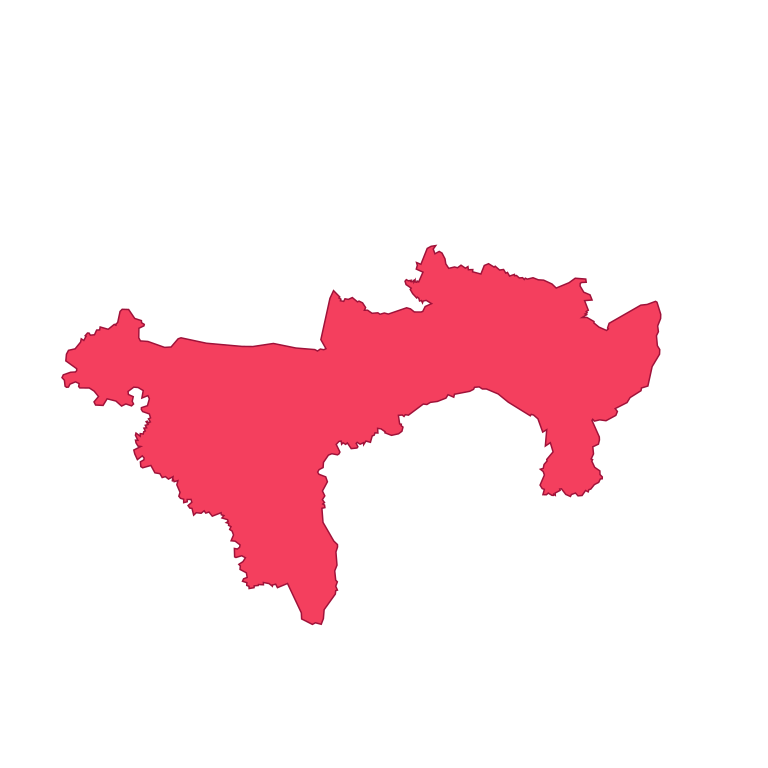 the district of San Felipe Orizatlán, Hidalgo, Mexico, rotated 240°
{"feature_id": "50627088B21617615218202", "entity_name": "San Felipe Orizatlán", "entity_type": "district", "adm_level": 2, "iso_a3": "MEX", "parent_name": "Mexico", "parent_adm1": "Hidalgo", "projection": "albers", "projection_center": [-98.581, 21.246], "detail": "fine", "context": "isolated", "style": "filled", "palette": "rose", "viewbox_px": 768, "rotation_deg": 240, "n_neighbors": 0, "source": "geoboundaries", "source_scale": "gbopen_adm2", "svg_char_len": 6171}
<svg xmlns="http://www.w3.org/2000/svg" viewBox="0 0 768 768"><g transform="rotate(240 384 384)"><path d="M413.7,551.7L414.7,546.7L418.9,546.7L419.1,544.9L423.4,544.8L424.9,541.1L430.4,539.2L430.2,537.8L435.9,534.7L436.5,530.1L430.8,522.9L436.9,516.8L438.7,518.1L440.8,514.2L443.7,515.4L443.6,512.4L448.4,510.1L447.9,505.8L450.1,503.6L451.8,497.9L457.2,497.6L461.9,499.4L468.4,499.7L471.2,498.1L471.3,493.2L476.2,494.1L478.0,498.0L479.7,493.6L479.8,489.2L469.2,475.8L472.9,472.9L470.1,472.2L467.4,469.4L461.4,473.7L455.1,465.1L456.6,464.2L455.7,463.2L456.9,462.0L458.5,462.9L457.4,460.9L458.8,461.6L458.5,459.4L459.4,458.4L460.2,459.4L461.2,456.7L463.2,455.5L462.5,453.6L459.1,452.8L453.4,455.5L452.8,454.0L447.9,454.0L442.2,455.3L442.5,456.3L440.8,457.0L438.1,456.3L437.6,458.1L435.0,457.9L436.3,459.4L435.3,462.4L429.8,465.4L430.5,458.4L427.5,453.9L427.8,452.1L431.2,446.3L435.8,444.5L438.7,441.7L442.4,422.7L445.3,419.8L446.4,415.4L448.7,414.3L451.2,409.0L456.1,406.7L457.7,403.9L459.4,406.3L465.0,406.0L468.3,403.8L468.4,402.1L474.7,399.8L475.1,395.4L477.3,392.8L475.7,390.4L477.9,387.9L479.0,389.1L481.0,388.0L481.5,389.2L490.1,387.0L485.2,380.0L454.0,351.5L443.6,351.4L443.8,349.0L446.1,346.3L445.8,342.9L448.4,341.3L459.2,325.7L474.4,308.5L482.0,289.2L487.5,279.9L508.1,250.6L525.5,231.3L526.1,228.3L522.5,218.1L525.4,212.3L538.9,200.8L543.1,194.6L546.6,194.7L554.8,199.6L554.4,205.2L555.5,206.2L558.3,204.7L560.2,205.6L565.4,200.9L576.2,200.1L579.6,194.6L578.8,191.7L570.4,184.1L569.8,181.2L569.0,181.4L568.9,181.2L570.5,180.2L569.3,172.5L575.3,166.7L573.0,164.8L574.4,162.1L571.4,157.9L573.1,154.1L575.6,154.0L576.4,152.7L575.2,149.3L574.3,149.8L571.8,145.8L574.5,144.4L572.0,142.2L568.9,134.1L570.9,127.6L568.6,123.9L563.1,120.0L550.9,125.5L549.2,124.5L548.7,122.8L550.9,118.4L552.3,110.9L550.5,108.3L547.1,109.1L541.5,106.7L539.9,107.4L539.1,109.2L540.9,112.0L540.1,117.9L536.8,120.2L534.5,118.3L532.7,118.6L527.9,126.8L522.8,129.4L515.9,130.5L513.5,123.9L510.0,123.7L505.9,130.0L509.6,136.8L503.3,143.3L496.1,145.7L495.8,150.5L491.3,154.4L491.9,157.1L494.9,157.3L498.4,160.5L502.7,157.4L505.5,158.6L506.4,165.7L503.9,169.3L498.7,172.2L492.9,167.3L492.0,173.7L488.5,173.4L483.5,168.3L484.8,162.1L483.3,161.1L480.8,161.2L475.4,165.8L471.4,164.9L471.6,162.6L468.0,162.7L468.1,160.7L470.2,160.4L470.3,159.1L466.9,159.4L467.6,156.6L464.8,156.5L465.8,154.0L462.7,153.8L462.8,152.0L461.1,150.5L462.9,148.1L460.7,146.8L465.5,144.7L463.9,143.1L458.3,142.7L459.6,140.7L457.0,139.8L453.2,139.9L451.5,142.1L451.9,134.3L448.1,133.2L441.8,132.6L442.6,138.7L439.9,139.3L438.4,138.1L438.4,134.1L434.1,132.1L432.1,133.1L430.0,141.4L421.6,141.2L418.4,145.1L413.9,145.1L413.1,148.4L409.4,149.8L409.2,154.9L405.6,151.9L406.5,153.7L404.3,153.4L403.4,157.2L400.3,154.2L392.2,153.2L389.4,150.2L386.7,150.6L384.4,152.9L381.4,151.2L380.4,154.7L382.4,155.8L380.5,159.2L377.7,158.4L376.7,153.5L373.6,153.8L372.3,155.5L365.6,153.6L366.4,157.1L363.5,161.0L364.1,164.8L361.3,165.1L360.6,168.4L355.4,169.2L354.0,178.5L352.1,177.7L350.1,179.6L349.0,176.7L344.7,180.7L342.9,180.3L342.8,178.1L340.9,179.8L339.3,178.7L337.0,180.2L335.2,177.6L332.6,178.9L328.5,178.2L324.7,173.2L322.3,176.5L316.6,178.9L314.8,177.3L314.4,174.5L316.4,172.2L309.0,168.2L307.8,169.0L306.4,174.9L302.8,177.1L300.7,173.1L300.4,168.1L298.3,168.6L295.4,166.6L289.3,170.4L284.9,168.8L285.5,165.0L283.9,162.8L280.5,165.9L278.2,164.4L276.3,165.9L274.3,164.9L272.6,169.6L274.1,170.7L272.4,174.3L273.1,175.0L270.4,179.2L272.4,180.3L268.6,184.7L264.7,186.2L265.7,186.9L264.8,190.1L260.9,189.9L259.5,200.7L227.2,198.0L221.7,195.2L211.6,201.8L211.5,205.2L207.3,209.5L211.1,214.2L218.5,219.3L226.4,236.8L229.2,238.9L228.8,240.6L233.0,241.1L236.0,244.7L238.3,244.1L246.8,247.9L250.6,252.7L262.6,258.4L266.1,262.3L268.2,263.4L273.1,262.0L294.7,262.0L307.4,268.1L306.5,271.0L308.9,272.0L310.7,271.0L311.1,273.2L314.6,272.8L316.7,276.8L322.1,277.2L327.6,286.1L332.7,287.1L338.4,282.5L340.9,282.5L342.3,285.0L342.1,289.5L346.4,292.4L350.2,300.3L349.7,304.0L345.9,308.3L346.0,310.1L347.1,311.8L355.6,312.4L356.8,316.3L356.0,318.3L353.0,317.2L353.6,319.1L350.9,320.6L351.3,322.8L344.4,323.3L342.1,328.6L342.7,330.0L346.5,330.2L346.9,331.6L343.8,333.2L343.4,336.9L341.7,336.1L343.6,339.8L340.3,343.1L344.9,347.8L344.6,349.9L346.2,351.8L344.6,354.2L348.8,356.3L346.6,359.0L342.1,361.1L341.3,360.4L335.8,364.8L333.6,371.7L334.1,375.9L337.2,378.9L339.4,378.0L340.5,378.9L341.6,377.6L349.7,380.8L348.0,384.3L345.9,385.1L346.8,387.1L344.8,389.6L347.0,408.0L344.8,410.9L344.9,415.0L342.2,421.5L340.8,430.6L342.7,434.1L337.7,437.8L339.9,439.9L334.8,454.6L334.6,458.9L335.9,460.7L333.9,465.0L330.5,466.7L328.5,470.2L318.3,477.9L306.2,482.5L283.3,494.8L284.1,496.3L282.4,498.0L276.9,499.9L263.0,497.4L263.1,502.1L249.6,492.7L250.0,498.7L240.7,496.5L237.3,487.2L235.8,486.7L234.3,482.4L231.3,479.7L232.0,476.8L228.6,478.1L225.0,477.4L218.4,468.6L214.3,468.7L212.6,470.2L208.7,466.3L206.9,469.3L207.4,471.7L203.6,473.8L202.8,475.1L203.7,475.8L202.0,476.7L204.0,477.7L203.8,483.3L205.2,483.6L204.5,485.3L197.5,486.2L193.4,489.2L194.6,491.1L193.8,495.3L190.1,496.1L188.4,499.8L191.0,505.3L188.5,506.9L190.1,508.7L189.6,510.5L191.7,515.9L191.5,520.8L193.6,523.9L192.8,525.6L194.4,526.6L197.6,525.8L200.8,527.5L206.5,524.8L213.3,525.4L214.2,526.8L215.5,525.9L218.7,530.5L225.2,533.4L224.7,539.6L227.8,542.6L230.5,544.0L248.5,545.9L249.1,547.1L246.6,547.8L245.1,552.9L241.2,557.9L240.9,569.1L243.5,572.4L247.1,571.9L246.4,585.2L249.2,590.3L249.7,603.2L251.8,605.0L250.3,611.5L265.0,624.9L272.0,637.5L275.9,640.0L280.5,639.9L289.6,644.1L292.1,647.8L297.4,650.0L302.4,656.3L306.0,658.5L318.3,661.3L319.8,660.5L321.3,651.7L323.9,645.8L324.0,609.3L320.7,605.6L319.6,605.9L319.1,603.5L325.8,598.6L331.9,596.3L333.1,597.1L340.2,593.0L342.5,588.8L342.7,594.1L344.1,593.2L344.1,595.6L345.7,595.4L345.7,597.8L355.9,599.4L352.7,606.2L358.2,607.0L363.6,602.9L370.8,602.8L373.0,604.2L373.1,605.9L371.0,610.0L374.0,611.2L380.0,602.5L379.2,594.9L381.0,581.1L386.6,579.5L394.1,574.2L397.1,569.7L401.5,566.2L403.2,560.5L405.0,559.3L404.4,557.7L406.8,557.2L408.2,554.2L411.7,553.0L412.5,551.2L413.7,551.7Z" fill="#f43f5e" stroke="#9f1239" stroke-width="1.5"/></g></svg>